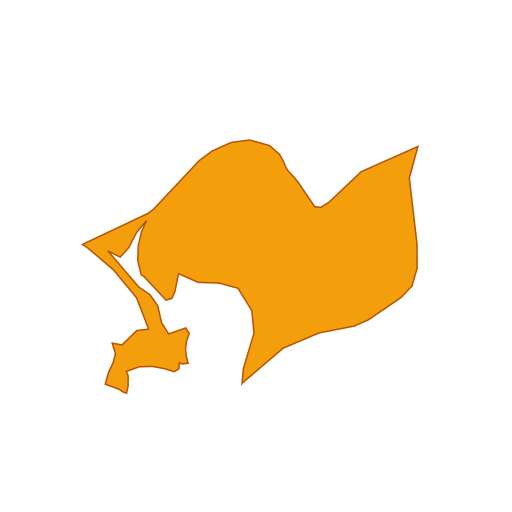 SVG path tracing the border of Đà Nẵng, rotated 149°
{"feature_id": "VNM-491", "entity_name": "Đà Nẵng", "entity_type": "City", "adm_level": 1, "iso_a3": "VNM", "parent_name": "Vietnam", "parent_adm1": "", "projection": "robinson", "projection_center": [108.18, 16.099], "detail": "fine", "context": "isolated", "style": "filled", "palette": "amber", "viewbox_px": 512, "rotation_deg": 149, "n_neighbors": 0, "source": "natural_earth", "source_scale": "10m", "svg_char_len": 1225}
<svg xmlns="http://www.w3.org/2000/svg" viewBox="0 0 512 512"><g transform="rotate(149 256 256)"><path d="M333.6,153.9L324.9,165.9L297.4,191.0L287.7,211.4L288.1,237.7L301.7,251.9L319.2,263.2L331.5,280.8L343.8,267.3L350.1,262.9L355.9,264.6L362.6,296.1L364.1,298.8L359.9,312.5L351.7,325.4L341.5,335.9L331.5,342.8L346.4,337.6L361.0,328.6L373.0,325.0L380.3,336.6L372.5,289.9L366.8,277.4L365.9,263.9L371.3,247.4L371.0,234.2L353.2,230.5L353.2,223.8L359.5,218.7L364.1,212.9L367.3,206.3L369.5,199.0L375.3,201.8L376.4,203.9L377.0,203.6L380.2,199.0L385.7,199.0L392.6,206.7L401.9,214.9L413.2,221.2L426.6,223.8L427.2,219.4L432.2,210.9L437.7,205.0L440.3,208.5L441.8,211.9L451.2,223.8L442.3,232.2L433.6,238.0L426.8,244.6L424.1,255.4L416.7,248.8L396.6,253.5L385.7,248.6L379.9,281.7L385.3,317.5L396.3,350.1L398.8,355.2L398.3,355.3L326.9,348.2L320.3,348.7L255.3,367.1L239.3,368.6L218.7,366.1L201.6,358.6L187.5,343.7L183.5,331.2L183.8,322.8L184.8,316.7L184.6,311.5L182.9,304.4L181.9,297.1L180.3,268.0L175.5,264.4L165.7,264.5L122.4,274.1L60.8,266.5L84.4,243.9L112.0,183.0L124.3,162.4L137.7,150.0L153.2,145.7L192.5,143.4L208.1,145.4L241.6,157.6L280.2,163.0L332.9,154.2L333.6,153.9Z" fill="#f59e0b" stroke="#b45309" stroke-width="1.5"/></g></svg>